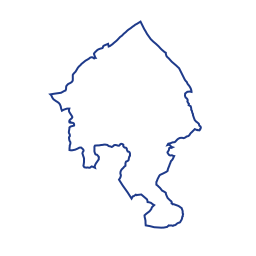 Texhuacán, Veracruz, Mexico (Mercator projection), rotated 82°
{"feature_id": "50627088B48642687236942", "entity_name": "Texhuacán", "entity_type": "district", "adm_level": 2, "iso_a3": "MEX", "parent_name": "Mexico", "parent_adm1": "Veracruz", "projection": "mercator", "projection_center": [-97.022, 18.616], "detail": "fine", "context": "isolated", "style": "outline", "palette": "blue", "viewbox_px": 256, "rotation_deg": 82, "n_neighbors": 0, "source": "geoboundaries", "source_scale": "gbopen_adm2", "svg_char_len": 5860}
<svg xmlns="http://www.w3.org/2000/svg" viewBox="0 0 256 256"><g transform="rotate(82 128 128)"><path d="M83.9,200.2L84.9,199.4L86.1,199.1L87.4,198.7L89.2,197.8L91.3,195.6L92.7,193.9L93.8,192.9L95.0,192.2L97.3,191.6L98.2,191.6L100.0,191.4L101.2,191.1L101.7,191.0L101.0,189.3L100.6,187.4L100.3,185.5L100.6,183.4L101.5,183.8L102.8,184.1L104.0,183.9L108.6,181.8L109.5,181.6L110.6,182.4L111.2,183.5L111.8,184.4L112.5,185.0L113.2,185.2L113.8,185.3L114.1,185.2L114.0,184.7L114.0,184.3L114.7,184.4L114.9,183.8L115.0,182.8L115.2,182.0L115.6,181.4L116.0,181.0L116.7,180.9L117.7,180.9L118.1,181.1L118.2,181.9L118.5,184.4L118.9,185.3L119.3,185.9L120.3,186.1L121.7,186.5L123.2,187.0L124.2,187.2L125.0,187.1L125.6,186.8L126.5,186.6L127.9,186.7L128.5,187.3L129.0,187.7L129.7,187.8L131.7,187.8L132.7,187.6L133.8,187.1L134.9,187.1L136.1,187.5L137.4,188.2L138.3,188.3L139.3,188.6L140.2,188.8L141.7,189.0L142.2,187.5L142.3,186.1L142.2,184.7L142.1,183.3L141.4,180.8L140.7,178.9L140.8,177.2L141.8,176.3L142.7,175.6L143.2,175.3L143.9,175.1L144.8,175.4L145.6,176.2L146.9,176.7L148.2,176.4L149.2,176.3L151.1,175.9L152.3,175.8L154.7,176.2L155.6,176.3L156.6,176.6L157.4,176.8L159.2,177.4L160.1,177.1L160.9,176.6L161.5,174.6L161.4,173.8L162.0,171.8L162.0,171.2L161.5,170.3L161.0,169.4L161.4,168.4L162.8,166.2L161.3,166.4L159.6,165.4L158.6,164.7L156.7,162.9L156.0,162.3L155.3,161.6L154.7,161.2L153.8,161.2L153.4,161.2L152.9,160.9L152.3,161.0L150.2,162.4L149.8,163.5L149.5,163.9L148.4,164.2L147.4,164.4L146.3,164.5L143.9,164.1L142.8,164.0L141.8,163.8L141.2,163.5L140.8,163.1L141.0,160.7L141.2,158.8L141.1,157.3L141.2,155.1L141.1,154.1L141.2,153.1L141.9,150.8L142.3,150.4L143.0,149.9L143.4,149.2L143.7,148.2L144.1,147.4L144.5,146.8L144.4,146.3L143.8,145.1L143.0,144.0L143.1,142.7L143.5,141.5L144.0,140.6L144.3,139.4L143.7,138.5L143.0,137.9L142.7,137.0L143.1,135.9L143.6,135.2L144.1,134.9L144.9,135.2L145.3,135.2L146.0,134.9L146.6,134.4L147.0,133.9L147.1,133.2L147.3,132.7L147.7,132.4L148.2,132.1L149.0,132.2L149.6,132.1L150.4,131.8L151.2,131.6L151.7,130.4L152.2,129.9L153.4,129.6L155.8,129.9L156.5,130.7L157.2,130.9L157.9,131.3L159.7,131.8L160.6,132.9L161.0,134.6L161.6,135.0L162.8,135.5L163.9,135.6L165.1,135.8L165.8,137.1L166.8,138.2L168.2,140.1L169.4,141.0L170.3,141.5L171.5,141.8L172.3,141.9L173.6,141.6L174.5,141.8L175.8,142.4L176.4,142.8L177.9,144.1L184.3,141.2L191.8,137.3L198.4,134.3L196.4,132.8L196.3,131.8L195.1,129.5L195.7,128.9L195.6,128.0L195.7,124.1L200.2,120.1L201.4,119.1L202.8,118.9L204.1,118.9L204.5,117.4L205.3,115.7L206.8,114.3L208.0,112.8L209.2,114.5L209.9,115.4L211.6,116.3L213.5,118.3L214.6,120.3L215.7,122.2L216.8,123.8L218.5,123.9L220.1,123.7L222.3,123.6L224.8,123.9L226.9,124.0L228.2,120.0L229.9,115.9L231.3,109.1L231.6,106.5L231.4,103.0L230.6,101.9L230.1,101.1L230.3,100.8L230.4,100.5L230.4,99.7L230.5,99.0L230.6,98.3L230.8,97.8L231.1,97.4L231.1,96.9L230.7,96.1L230.8,95.3L230.6,94.6L230.4,94.1L230.2,93.8L229.9,93.4L229.6,93.0L228.9,91.3L228.9,90.8L228.8,90.0L228.4,89.4L227.6,88.8L226.1,87.6L224.7,86.9L223.8,86.8L223.0,86.0L222.2,86.0L220.9,85.4L220.0,85.7L219.5,85.7L218.9,85.5L217.4,85.5L214.7,86.1L213.9,87.1L213.0,87.9L211.9,89.4L209.8,93.4L209.7,94.5L209.3,94.7L208.8,94.8L208.6,95.3L208.2,95.2L207.3,95.1L206.5,95.4L205.8,96.2L202.8,98.5L200.4,99.2L198.8,99.6L197.4,99.6L196.9,100.1L195.5,101.8L194.8,102.9L191.7,104.7L190.4,105.8L189.3,106.6L188.1,107.8L185.4,107.4L184.4,106.7L182.7,105.8L179.6,103.6L178.9,102.8L177.9,99.5L176.7,96.0L175.9,94.7L174.7,94.4L173.7,93.9L172.3,93.1L171.5,92.6L169.9,91.8L168.6,91.0L167.6,90.5L166.6,89.9L166.1,89.1L165.3,88.3L164.4,87.6L163.4,87.0L162.2,86.2L161.8,87.3L161.1,88.3L161.1,90.0L160.5,91.0L159.3,91.7L158.2,92.2L157.5,92.3L156.4,91.3L155.5,90.6L154.5,90.3L153.5,89.8L153.5,88.9L153.7,87.7L153.3,86.5L152.8,87.5L151.5,88.5L150.7,89.1L150.3,89.7L150.3,90.6L150.4,91.3L149.2,90.4L149.1,89.8L149.0,88.1L148.4,85.8L148.5,84.7L148.5,83.9L148.2,83.1L147.8,82.7L146.2,80.7L145.6,79.6L145.1,78.1L145.1,76.7L145.4,75.3L145.8,74.4L145.7,73.8L145.5,73.0L145.1,72.0L144.6,71.3L144.5,70.3L144.4,69.5L144.1,68.9L143.3,67.9L142.6,67.4L141.7,66.5L141.0,65.4L138.4,62.0L138.6,61.7L139.8,59.7L139.7,59.5L139.6,59.3L140.2,58.1L140.3,57.6L140.1,57.3L139.7,57.1L139.4,56.8L139.1,56.7L138.8,56.6L138.7,56.2L137.6,55.8L136.6,56.0L135.6,57.0L134.5,57.2L133.6,57.3L131.9,58.8L131.2,59.6L129.4,60.8L126.3,61.5L125.4,61.6L124.9,61.8L124.1,61.9L123.4,61.7L123.0,61.8L122.0,62.2L119.5,62.4L118.8,62.9L118.2,62.8L117.7,62.7L116.9,62.7L115.2,62.9L113.8,64.8L112.5,64.3L111.5,65.0L110.5,65.3L110.2,65.5L109.8,65.5L109.4,65.1L108.0,65.1L106.9,65.7L105.8,66.7L104.0,67.1L101.8,66.6L100.4,64.2L100.5,61.7L101.1,60.1L100.4,60.0L98.4,60.2L96.6,60.7L94.4,61.7L93.1,62.6L91.8,63.1L90.6,63.4L89.6,64.2L88.1,65.0L75.9,69.1L74.7,70.1L72.8,71.6L68.4,75.5L64.5,78.1L63.4,79.1L62.3,79.8L60.9,80.1L59.7,80.2L58.7,80.1L57.9,81.2L56.9,82.1L55.1,83.7L53.5,84.9L51.4,86.3L48.7,88.5L45.9,91.0L43.2,93.1L40.5,94.5L37.4,96.1L35.0,97.0L32.2,98.2L24.4,100.8L26.2,104.9L26.7,106.4L27.6,107.9L28.3,109.4L29.5,111.4L30.7,113.9L31.7,115.5L32.7,116.8L34.1,119.1L35.7,121.1L36.8,123.2L39.4,126.4L40.3,127.7L41.2,129.2L42.2,130.8L42.8,131.6L44.3,134.5L44.6,135.8L41.9,136.0L42.3,137.5L42.8,139.5L43.3,140.9L44.2,141.5L44.9,141.8L45.3,142.2L45.6,144.6L46.0,146.3L46.5,147.5L48.3,150.0L49.4,151.2L49.8,151.4L52.9,150.8L53.9,150.4L53.8,150.8L54.1,151.1L54.4,151.5L54.2,152.2L53.3,153.0L52.9,153.8L52.9,155.0L53.2,156.0L53.9,157.0L54.7,158.9L55.4,160.7L56.3,162.2L57.1,163.5L58.1,165.2L59.2,166.4L60.0,167.7L61.3,169.2L62.3,170.0L63.2,170.7L64.3,171.6L65.1,172.3L65.8,173.3L67.2,174.9L67.8,175.3L70.7,175.7L71.6,175.8L72.0,175.9L72.9,176.0L73.6,176.3L74.7,177.4L75.4,178.9L75.9,180.5L76.1,181.1L76.6,181.8L77.4,182.7L78.0,183.3L79.0,183.6L79.6,183.7L81.0,184.0L82.2,184.7L82.4,185.8L83.8,189.4L83.8,196.5L83.9,200.2Z" fill="none" stroke="#1e3a8a" stroke-width="2"/></g></svg>